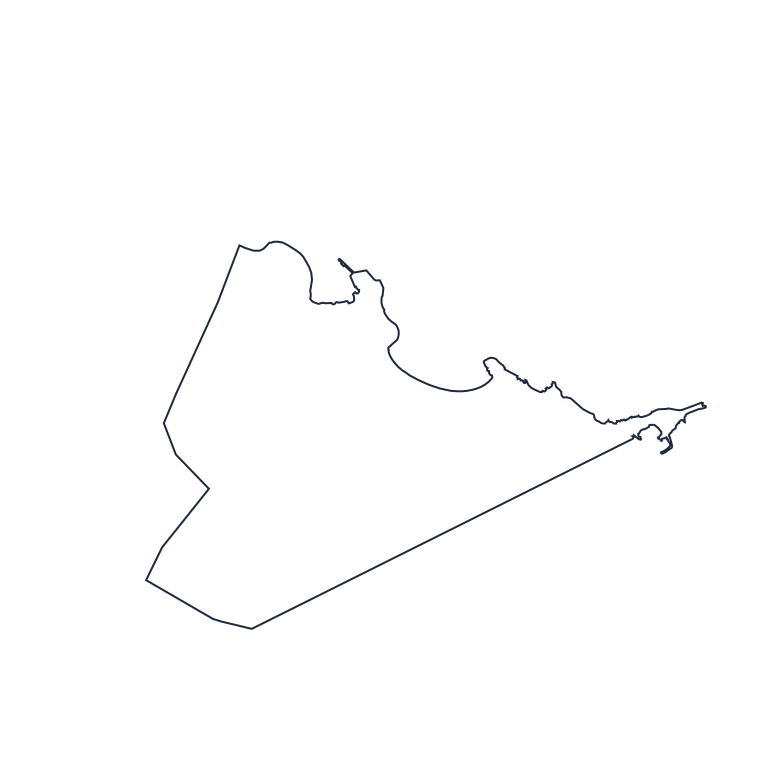 Municipality CH, Montevideo, Uruguay, rotated 249°
{"feature_id": "84410073B90107892201288", "entity_name": "Municipality CH", "entity_type": "district", "adm_level": 2, "iso_a3": "URY", "parent_name": "Uruguay", "parent_adm1": "Montevideo", "projection": "albers", "projection_center": [-56.149, -34.909], "detail": "fine", "context": "isolated", "style": "outline", "palette": "slate", "viewbox_px": 768, "rotation_deg": 249, "n_neighbors": 0, "source": "geoboundaries", "source_scale": "gbopen_adm2", "svg_char_len": 5348}
<svg xmlns="http://www.w3.org/2000/svg" viewBox="0 0 768 768"><g transform="rotate(249 384 384)"><path d="M286.1,91.6L225.9,140.2L220.1,147.6L202.8,172.8L223.3,385.4L243.7,596.6L244.9,598.2L246.0,597.4L245.9,597.9L246.1,598.3L246.3,598.6L246.7,598.8L241.9,601.7L241.2,602.0L240.7,602.8L240.1,603.5L240.4,604.2L242.6,604.4L243.3,603.3L244.4,603.0L246.2,603.4L246.4,604.2L248.6,607.2L248.9,610.0L248.3,611.0L248.5,612.0L249.0,616.0L250.3,616.7L250.5,617.8L249.0,621.7L244.3,624.4L239.7,625.7L237.7,624.9L235.9,621.3L235.9,620.5L234.9,620.5L234.9,621.3L234.0,621.3L233.1,621.9L232.7,622.4L231.5,622.5L231.5,623.2L232.7,623.2L233.2,624.2L233.0,625.6L232.7,626.8L233.1,627.4L233.0,628.6L231.0,628.5L231.0,629.0L228.0,629.0L226.9,629.6L226.3,629.7L225.2,629.5L224.5,629.3L223.8,628.9L222.8,627.3L222.5,626.3L222.0,625.3L221.7,624.0L221.3,622.9L221.4,622.0L220.8,620.7L221.0,619.5L221.3,618.6L220.9,618.2L220.3,617.9L219.6,618.3L219.1,619.0L219.4,620.2L219.4,621.9L219.8,622.9L219.8,623.8L220.3,624.7L220.3,625.3L220.7,625.7L220.5,626.5L221.1,627.2L221.2,627.8L221.0,629.1L221.7,630.0L222.5,630.7L227.7,631.4L230.5,631.6L232.4,631.7L233.4,631.4L234.9,632.4L235.5,633.6L235.8,634.9L237.1,636.3L237.7,638.4L238.1,640.3L240.2,641.5L242.3,644.9L241.8,645.3L241.9,645.7L242.4,645.9L242.9,646.1L243.7,647.9L243.7,649.0L243.4,649.7L242.9,650.2L241.8,650.3L241.1,650.6L240.4,651.2L240.7,651.4L241.7,651.2L242.3,651.6L242.7,651.1L243.6,652.0L244.6,652.4L245.5,653.0L246.1,654.1L246.9,654.5L247.3,655.3L247.8,659.1L247.7,662.6L247.8,668.6L246.8,673.5L246.8,675.9L247.5,676.4L248.1,676.3L248.8,675.8L249.2,673.8L251.0,673.8L251.2,674.5L251.9,674.9L252.8,674.1L252.8,664.3L253.0,652.9L253.8,650.0L255.5,646.9L257.8,643.2L259.3,640.7L259.4,639.1L261.9,631.5L262.0,630.5L262.2,630.3L261.7,624.6L262.1,624.0L260.9,623.0L260.3,619.6L260.3,616.7L260.8,612.7L261.6,611.0L262.4,610.4L263.3,610.3L262.8,608.8L263.2,608.1L263.1,607.5L263.2,607.0L263.6,606.6L263.5,605.7L263.8,604.5L264.3,604.1L263.9,603.4L264.7,603.3L264.7,602.2L264.3,600.9L263.7,599.0L263.8,598.1L263.4,597.0L263.8,595.7L264.6,595.7L264.9,594.4L264.5,593.3L265.4,592.3L264.5,590.7L265.6,589.5L266.0,588.2L264.8,587.7L264.4,586.7L263.9,586.5L264.6,584.5L266.7,583.2L267.1,582.3L267.4,581.5L268.1,580.8L269.9,580.5L269.2,579.8L268.7,577.5L267.9,576.3L268.5,574.6L269.6,572.8L270.8,572.0L271.8,571.4L273.1,569.8L274.5,568.8L276.7,568.3L278.1,568.6L280.0,568.9L281.1,568.4L283.2,565.9L286.2,563.3L289.3,560.7L303.6,553.2L306.3,549.6L306.7,547.5L307.4,546.5L309.4,545.8L311.1,546.0L313.4,546.7L315.4,545.9L317.8,544.7L319.1,543.9L321.0,543.8L323.8,544.2L324.8,543.3L325.4,542.2L323.9,541.6L323.7,540.4L322.3,540.2L321.7,539.5L321.0,536.1L322.4,535.0L321.7,533.2L320.6,533.6L320.1,533.2L319.5,531.3L320.8,529.5L319.9,528.5L320.3,527.3L321.0,526.3L324.8,522.6L326.3,521.3L327.4,520.3L331.2,518.5L334.5,518.3L336.4,518.2L337.1,517.3L334.5,516.6L334.4,516.2L334.5,515.6L334.9,515.1L335.3,515.0L336.3,514.8L337.4,514.9L337.6,514.1L338.2,513.7L338.4,512.9L339.2,512.9L340.3,512.6L340.6,511.6L340.6,510.6L341.1,510.8L341.8,511.0L342.7,510.6L343.5,511.5L354.5,501.9L355.4,502.7L356.3,502.2L358.6,501.9L362.3,499.5L367.2,497.5L368.9,495.6L369.3,494.7L369.9,494.0L370.3,492.5L370.3,489.9L370.0,488.8L369.9,486.8L369.3,485.4L368.5,485.0L367.8,484.9L365.4,485.2L364.1,485.0L363.6,485.5L362.5,485.8L361.7,486.5L361.3,485.8L360.4,485.3L359.5,485.3L358.9,485.8L358.5,486.7L357.0,486.2L356.1,486.0L354.6,486.5L354.1,486.6L353.3,487.9L352.3,487.8L351.4,487.5L350.6,486.7L348.4,482.2L347.2,478.0L346.6,473.6L346.5,469.1L346.9,464.4L347.9,458.8L349.5,453.4L351.3,449.0L353.5,444.3L356.1,440.2L359.5,435.0L362.8,430.9L367.0,425.9L370.9,421.9L375.8,417.2L383.1,410.8L386.1,409.0L390.2,406.0L395.0,403.3L399.2,401.8L401.9,400.9L404.3,400.3L406.7,399.9L409.4,399.7L411.1,399.7L412.7,399.9L413.9,400.4L414.1,400.7L415.5,400.5L416.5,401.4L417.1,402.5L417.1,403.5L417.9,404.7L418.2,405.8L419.7,409.7L420.3,411.8L421.9,413.4L423.9,414.9L426.4,416.1L429.4,416.9L432.0,416.8L434.8,416.5L439.9,413.2L443.5,411.4L449.4,410.0L451.8,410.1L453.3,410.9L455.4,410.3L457.7,410.4L460.4,410.7L463.0,411.6L465.2,412.6L466.2,413.3L466.7,414.2L473.8,417.8L478.8,417.5L482.3,417.3L482.6,416.3L483.5,413.6L484.8,412.4L496.4,408.2L498.8,395.9L516.1,387.7L516.5,387.4L516.6,387.0L516.5,386.3L515.8,386.1L515.2,386.3L514.6,386.9L512.2,388.1L511.7,387.1L508.4,388.6L508.8,389.6L500.2,393.8L498.8,394.5L496.9,391.2L485.2,391.6L485.2,392.6L483.2,392.6L482.7,393.2L481.3,393.5L480.7,394.5L478.9,393.6L478.0,392.2L478.4,390.7L480.0,390.1L479.9,389.0L478.8,387.1L477.5,387.4L474.3,386.7L472.8,386.2L471.8,384.6L471.8,381.5L472.0,379.9L473.2,379.9L474.7,379.3L475.0,376.6L475.5,373.7L476.3,370.5L477.5,369.0L477.5,368.4L476.6,367.0L476.4,366.4L476.4,365.7L477.1,364.5L478.4,364.1L480.5,357.9L481.4,356.7L482.0,354.9L482.1,352.0L483.1,350.5L484.6,348.8L485.9,347.3L487.2,346.5L490.0,345.6L490.6,346.1L491.1,346.4L493.1,347.4L494.2,347.8L498.1,348.7L499.2,349.6L507.0,354.1L513.7,355.9L519.8,356.1L525.9,355.2L531.8,354.2L536.8,352.1L541.2,349.1L547.6,344.3L552.5,340.0L554.9,335.8L556.3,331.9L556.3,329.5L557.0,327.6L555.6,324.9L554.9,323.4L553.6,320.4L553.4,319.8L553.0,315.7L555.4,309.7L560.8,303.1L565.2,298.7L520.0,258.3L449.4,186.4L426.3,164.4L392.7,164.4L348.9,183.0L321.5,136.3L311.0,118.3L286.1,91.6Z" fill="none" stroke="#1e293b" stroke-width="2"/></g></svg>